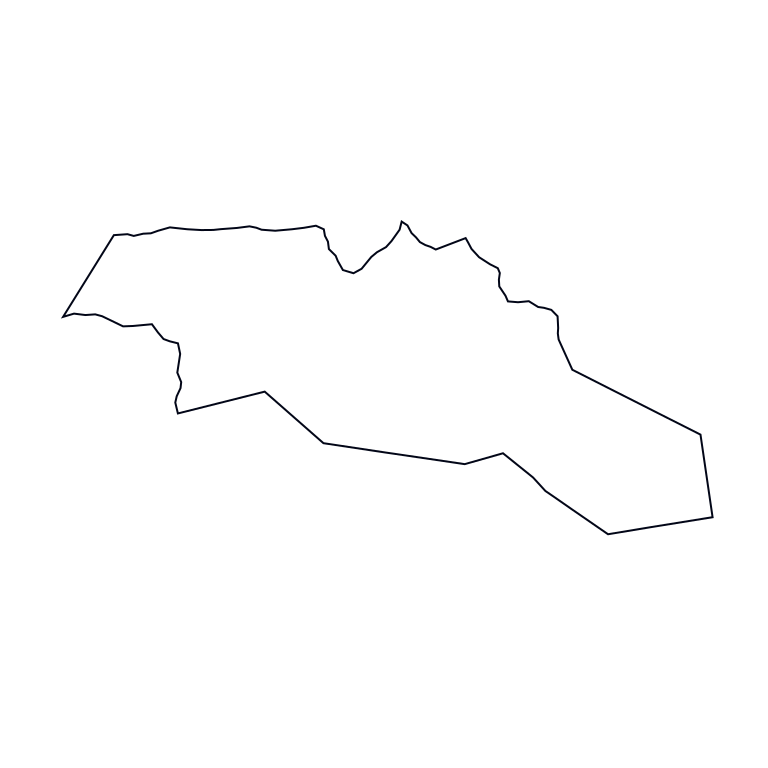 Morro do Chapéu do Piauí, Piauí, Brazil, rotated 255°
{"feature_id": "56859067B47248632065637", "entity_name": "Morro do Chapéu do Piauí", "entity_type": "district", "adm_level": 2, "iso_a3": "BRA", "parent_name": "Brazil", "parent_adm1": "Piauí", "projection": "natural_earth1", "projection_center": [-42.228, -3.696], "detail": "fine", "context": "isolated", "style": "outline", "palette": "ink", "viewbox_px": 768, "rotation_deg": 255, "n_neighbors": 0, "source": "geoboundaries", "source_scale": "gbopen_adm2", "svg_char_len": 1329}
<svg xmlns="http://www.w3.org/2000/svg" viewBox="0 0 768 768"><g transform="rotate(255 384 384)"><path d="M589.9,197.8L591.5,190.3L591.8,180.6L595.1,175.0L597.7,161.6L531.9,91.4L532.2,102.8L527.9,113.4L526.0,123.1L522.4,129.3L507.2,146.9L505.0,156.6L501.8,175.3L492.3,179.0L484.5,182.7L480.7,188.1L476.6,195.5L465.8,194.9L448.5,187.3L438.3,188.6L432.7,186.4L425.8,180.6L420.1,177.6L408.9,177.3L407.5,266.8L342.5,310.2L317.3,368.0L314.0,375.7L285.7,441.2L286.3,481.0L255.1,503.8L238.9,512.2L232.5,517.7L214.5,532.9L180.9,561.5L176.6,605.3L170.3,666.9L253.2,676.6L277.6,649.3L349.0,569.6L381.8,564.2L387.9,565.0L392.9,566.7L404.5,569.2L412.3,564.8L416.2,558.2L418.5,552.8L426.5,545.3L428.3,534.6L431.7,525.1L437.8,524.2L448.4,520.6L455.1,522.0L461.2,524.6L466.4,523.9L472.2,517.4L481.8,508.7L491.8,503.5L498.8,501.9L503.8,500.6L500.5,468.8L504.4,464.5L507.5,459.9L511.8,455.4L517.3,452.9L522.6,449.7L531.1,447.7L536.3,443.1L529.0,439.0L520.1,428.2L515.7,421.4L513.1,411.3L510.0,404.6L501.1,392.2L498.9,383.2L504.7,373.8L514.8,371.2L520.4,370.5L528.6,365.7L536.0,366.7L542.4,365.3L549.0,365.9L554.5,359.2L555.6,347.1L557.3,335.1L560.2,318.6L564.7,305.7L568.0,301.1L571.1,294.9L572.8,282.3L575.8,266.5L577.0,258.9L580.0,247.3L584.4,234.0L590.7,217.7L590.5,205.5L589.9,197.8Z" fill="none" stroke="#020617" stroke-width="2"/></g></svg>